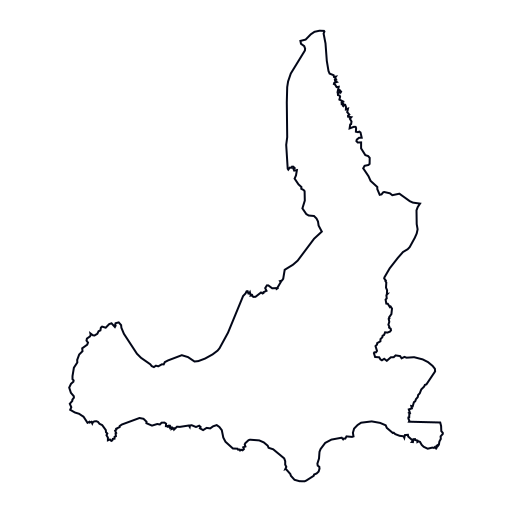 Sumba Barat, Nusa Tenggara Timur, Indonesia
{"feature_id": "22746128B3578697728098", "entity_name": "Sumba Barat", "entity_type": "district", "adm_level": 2, "iso_a3": "IDN", "parent_name": "Indonesia", "parent_adm1": "Nusa Tenggara Timur", "projection": "robinson", "projection_center": [119.366, -9.585], "detail": "fine", "context": "isolated", "style": "outline", "palette": "ink", "viewbox_px": 512, "rotation_deg": 0, "n_neighbors": 0, "source": "geoboundaries", "source_scale": "gbopen_adm2", "svg_char_len": 6040}
<svg xmlns="http://www.w3.org/2000/svg" viewBox="0 0 512 512"><path d="M442.8,433.9L442.8,432.9L441.3,431.1L441.1,426.0L440.2,422.5L409.0,421.7L409.4,420.9L408.4,418.6L408.4,417.5L409.2,417.3L409.3,414.2L409.9,413.4L409.0,412.8L409.7,412.2L408.8,409.4L411.9,408.4L411.3,406.0L412.7,406.3L413.9,402.2L415.2,401.3L416.0,399.1L417.7,397.2L418.2,394.9L419.7,393.4L421.3,389.4L424.1,386.6L424.9,384.9L426.4,384.4L435.1,371.4L434.9,368.8L432.6,365.9L428.0,362.1L422.7,359.4L414.1,357.2L406.5,357.7L404.5,356.9L401.6,358.3L400.1,356.1L395.6,355.4L393.7,357.2L390.8,357.3L386.8,360.8L384.2,358.8L381.9,360.3L380.4,359.4L379.2,357.3L375.1,357.0L373.9,353.1L374.4,352.3L376.0,352.3L377.0,350.9L375.5,346.1L377.0,344.6L377.2,343.1L380.4,341.3L380.5,339.1L382.3,337.3L382.6,335.7L384.1,334.9L385.1,332.3L387.4,332.6L390.0,331.6L391.0,330.3L390.7,328.7L389.1,327.6L389.3,326.6L388.4,324.7L389.3,321.8L388.7,318.9L389.4,318.4L389.1,317.3L391.4,314.1L392.0,308.6L390.6,306.5L389.9,307.1L387.8,303.8L386.3,303.6L385.6,299.6L386.7,298.4L386.4,295.2L387.5,293.9L386.9,294.0L387.1,290.3L386.0,287.6L386.3,282.5L385.4,281.0L385.8,280.5L384.2,278.5L384.4,277.4L389.7,268.3L397.9,257.8L403.0,252.0L407.7,249.2L409.7,247.1L414.8,237.8L416.7,233.5L417.6,229.3L416.7,224.1L416.5,210.3L417.7,207.1L420.0,203.6L412.9,202.6L409.8,201.2L399.4,193.7L392.3,195.2L389.9,193.3L384.2,192.0L383.2,192.3L381.5,194.4L379.7,194.8L377.3,189.1L377.3,187.0L370.6,180.9L368.5,176.2L363.2,168.3L364.6,165.8L368.4,165.0L369.6,163.9L369.7,157.9L368.2,156.1L365.3,155.1L361.1,148.4L361.1,142.4L357.7,142.5L356.4,141.1L356.8,139.6L359.0,137.8L361.7,137.7L360.5,132.5L359.3,131.6L358.0,132.2L355.9,131.7L356.1,128.1L355.6,126.9L353.9,126.8L349.6,128.4L350.2,124.5L351.1,124.1L351.5,121.5L349.9,118.8L351.3,117.2L348.1,116.7L348.0,115.8L349.3,114.6L347.2,112.1L348.0,108.6L345.9,109.4L346.0,107.0L345.2,104.8L344.3,104.7L343.3,106.1L342.8,105.6L343.1,103.6L341.7,104.0L341.6,102.5L343.0,101.4L339.4,99.6L340.1,96.7L339.6,95.6L338.0,95.1L337.8,93.2L339.2,92.7L339.9,91.6L340.6,92.5L341.1,91.7L339.7,90.1L337.8,91.0L338.7,86.8L336.6,87.1L335.1,84.6L333.9,84.0L334.3,82.8L336.8,82.0L335.1,80.8L334.9,79.7L336.1,79.5L335.1,77.7L335.9,76.6L334.0,76.9L333.6,75.2L329.6,73.6L328.5,71.0L326.8,60.9L325.5,43.4L323.6,33.6L324.4,31.5L324.0,30.9L319.6,30.7L314.5,31.8L310.8,34.3L305.6,39.6L300.4,40.9L301.0,43.8L304.2,46.1L305.1,48.6L304.9,50.5L290.8,73.5L288.1,81.4L287.2,87.1L286.8,102.3L287.2,137.2L286.2,144.9L287.7,168.7L288.3,169.6L289.8,167.6L291.5,167.7L292.0,166.7L293.3,166.7L294.6,168.0L293.4,168.7L294.2,170.6L296.9,170.1L296.0,175.4L294.6,178.6L298.5,184.4L301.4,187.0L301.3,188.8L303.6,190.0L304.6,191.2L304.8,200.6L302.4,208.4L306.3,214.1L308.7,215.5L314.0,216.0L316.5,218.5L318.0,221.5L318.6,225.6L321.8,231.6L314.1,238.7L297.7,260.6L293.0,264.7L284.7,269.8L283.2,278.8L281.9,280.6L280.1,281.1L280.8,282.0L277.5,287.6L277.7,288.2L276.6,288.9L276.4,288.1L272.2,288.3L268.3,285.4L266.9,285.4L265.2,288.1L266.5,290.8L263.5,292.2L263.5,293.0L262.6,293.5L261.0,292.5L255.5,296.8L253.3,296.9L252.3,295.7L250.9,295.7L251.6,294.7L250.4,294.4L249.9,292.3L249.2,293.5L248.4,293.5L247.6,291.2L246.6,291.3L245.5,293.5L243.1,296.0L228.0,332.7L219.5,348.3L217.6,350.6L212.6,354.4L205.0,358.6L198.3,361.1L194.5,361.5L188.0,357.1L181.8,355.2L168.1,360.4L164.8,362.1L163.7,364.4L161.9,364.3L158.3,366.3L155.9,365.7L153.9,367.1L151.7,366.1L150.3,364.3L141.0,357.8L136.9,353.7L123.9,333.8L121.4,327.8L121.1,325.1L118.7,322.4L115.6,323.2L115.2,324.4L115.6,325.7L114.9,327.0L111.5,323.3L109.2,324.1L105.7,327.7L102.1,326.6L100.9,327.6L100.4,330.4L98.6,331.2L97.3,333.8L94.5,335.5L92.9,335.3L90.4,333.4L90.7,335.0L90.0,336.4L86.9,338.6L86.5,340.6L88.0,342.6L87.2,344.7L82.2,348.3L82.5,351.2L79.2,354.5L77.2,359.9L77.3,362.5L73.9,367.7L72.5,376.1L72.5,379.2L73.6,380.4L73.4,381.7L71.0,383.8L69.2,387.6L70.9,392.8L73.8,396.2L73.9,397.7L72.4,399.6L72.3,400.9L69.8,403.8L71.3,407.2L70.2,409.8L74.9,412.5L79.1,413.8L83.6,416.8L87.5,422.8L89.4,421.8L89.7,422.5L91.5,421.8L92.3,423.5L92.9,422.1L94.3,421.4L96.3,421.2L98.0,421.9L99.5,423.8L102.2,425.1L105.8,430.1L106.0,432.2L107.3,433.5L106.5,435.2L107.9,437.6L107.9,440.3L109.9,439.5L111.3,440.9L112.3,440.4L112.8,438.9L114.5,438.7L114.6,436.8L115.9,436.2L115.6,433.4L116.2,433.0L115.1,430.7L116.4,429.5L116.2,428.7L119.6,427.1L119.7,426.0L121.9,424.5L139.5,418.0L143.5,418.8L146.5,421.7L146.4,423.2L152.0,425.6L157.3,424.0L159.8,424.5L161.6,422.7L164.5,422.6L166.1,423.7L165.9,426.1L167.7,426.0L167.3,427.5L168.6,425.7L169.9,425.7L170.3,426.3L169.6,427.1L170.2,428.3L172.2,427.5L172.6,427.9L172.1,428.9L173.8,428.3L174.1,429.5L177.0,426.7L179.8,426.9L188.8,425.5L189.7,426.9L189.9,425.5L191.6,425.2L196.0,427.0L199.2,425.7L200.6,427.0L199.9,428.3L203.1,430.1L206.6,427.9L210.2,428.4L213.1,426.3L216.7,425.1L219.4,427.0L221.8,430.2L223.3,437.6L225.5,441.8L232.9,448.5L237.5,448.7L238.1,449.7L239.6,449.5L240.1,450.5L241.6,449.8L242.6,450.3L243.9,449.1L243.2,447.3L245.4,446.5L244.7,444.4L245.3,443.2L248.5,440.2L250.0,439.7L259.2,440.4L263.8,442.4L267.7,445.7L268.6,447.8L273.2,449.3L284.2,458.4L285.2,461.2L285.2,464.6L286.3,466.9L285.3,469.1L285.8,468.9L288.3,471.7L290.3,474.0L290.9,475.8L294.5,479.8L299.5,481.2L304.6,481.3L306.2,480.6L313.7,475.8L314.1,474.5L316.6,473.5L318.6,471.6L319.5,468.7L319.3,466.8L317.7,465.6L317.4,463.6L319.0,458.6L319.5,451.8L320.6,449.0L325.2,442.9L331.4,439.6L341.7,437.7L343.1,439.3L343.6,438.6L345.3,438.6L346.5,436.4L352.0,436.9L353.5,436.4L352.9,432.8L354.1,428.6L357.6,425.0L361.1,422.7L371.7,421.4L380.1,422.9L385.7,425.3L386.8,427.9L392.8,433.0L393.7,432.7L395.2,434.1L399.6,435.8L403.6,436.3L404.3,437.8L404.9,435.1L407.9,434.8L408.2,436.5L412.3,440.2L412.6,441.2L411.9,442.0L412.9,442.1L413.4,439.2L415.0,439.1L415.2,440.0L417.3,440.5L417.4,442.0L418.6,441.3L420.0,441.9L421.7,444.9L423.7,446.8L427.7,448.7L432.3,447.6L433.9,447.9L434.8,447.1L436.1,448.5L436.8,447.5L436.5,445.9L437.6,445.1L438.1,445.7L438.9,444.6L439.4,441.5L440.8,438.9L440.6,436.4L442.8,433.9Z" fill="none" stroke="#020617" stroke-width="2"/></svg>